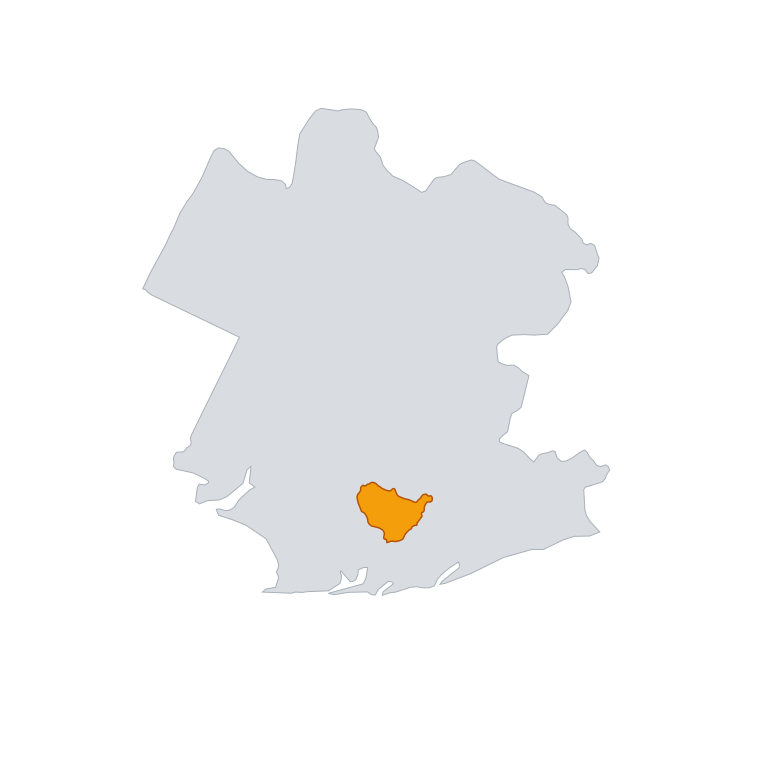 Ndolou, Ngounié, Gabon (highlighted), rotated 296°
{"feature_id": "22940354B46648613640917", "entity_name": "Ndolou", "entity_type": "district", "adm_level": 2, "iso_a3": "GAB", "parent_name": "Gabon", "parent_adm1": "Ngounié", "projection": "mercator", "projection_center": [10.279, -1.522], "detail": "fine", "context": "in_parent", "style": "filled", "palette": "amber", "viewbox_px": 768, "rotation_deg": 296, "n_neighbors": 0, "source": "geoboundaries", "source_scale": "gbopen_adm2", "svg_char_len": 5717}
<svg xmlns="http://www.w3.org/2000/svg" viewBox="0 0 768 768"><g transform="rotate(296 384 384)"><path d="M525.5,136.9L525.1,142.7L518.6,157.0L515.4,168.0L514.7,179.7L516.5,189.1L519.7,195.8L521.7,203.1L520.1,208.2L516.9,210.4L519.1,212.9L523.9,213.5L532.1,211.3L544.7,207.4L561.1,201.8L571.9,198.7L589.8,200.6L599.4,202.8L604.2,206.7L609.5,223.5L612.1,226.1L616.5,233.2L620.1,241.8L620.8,246.1L620.4,249.3L616.8,253.9L612.7,260.7L611.3,264.8L607.9,267.9L603.5,270.9L591.6,272.1L589.8,273.9L586.4,281.2L580.1,287.3L577.2,293.1L574.7,300.9L575.2,310.5L574.0,324.3L572.7,333.7L575.8,336.9L590.1,339.2L592.9,341.1L596.6,346.9L601.5,352.3L614.6,355.7L619.6,359.9L623.7,364.5L624.3,368.2L621.3,383.2L618.5,397.6L619.6,408.6L620.7,419.1L622.2,434.3L621.5,443.6L617.8,449.3L617.8,453.8L619.5,459.2L616.2,474.0L614.1,476.5L608.3,479.3L605.2,483.3L604.2,489.5L601.1,498.1L597.9,501.3L597.9,505.3L601.0,508.2L600.9,512.6L595.1,518.0L591.6,522.0L583.8,524.0L574.9,521.9L572.8,518.9L575.0,514.3L574.2,510.6L571.1,506.8L566.4,496.8L562.2,494.7L559.8,498.8L552.6,506.4L539.8,516.1L530.9,516.9L514.3,513.9L500.5,509.2L493.9,497.8L489.9,488.4L484.0,477.5L477.3,472.3L470.2,469.0L467.1,468.8L456.9,474.8L453.9,477.2L453.9,482.4L454.9,487.1L456.4,489.4L457.8,492.5L457.5,497.2L455.7,503.6L455.1,510.6L423.3,517.5L417.8,515.0L413.8,511.9L409.0,512.4L395.2,516.0L390.2,513.5L385.1,511.7L382.8,513.2L382.6,516.2L385.0,532.7L384.2,539.0L381.1,547.2L379.5,552.8L387.9,554.4L391.0,557.0L393.9,561.1L398.0,565.0L398.3,567.4L393.7,571.7L392.1,577.0L394.3,581.2L400.0,585.5L408.4,590.0L412.5,593.0L412.1,595.7L408.2,601.4L406.7,606.3L404.1,610.7L404.6,614.8L408.4,618.5L408.0,621.9L405.4,624.5L400.2,623.9L395.8,624.3L391.8,623.2L379.4,610.2L376.7,609.8L358.7,619.8L354.3,624.0L350.6,629.9L345.6,642.8L337.4,635.3L330.4,621.6L322.2,613.2L304.9,599.6L300.3,589.6L280.5,567.5L252.1,545.5L231.6,526.3L228.5,522.1L231.9,522.6L251.8,532.1L254.5,531.1L256.7,528.9L248.2,523.9L240.0,520.0L232.3,517.5L224.7,517.8L220.4,513.7L217.6,507.6L216.2,502.3L212.8,496.8L201.9,485.5L199.2,481.1L193.3,475.1L196.9,474.3L208.6,480.0L209.6,477.7L208.6,474.4L196.9,469.0L190.5,468.6L189.0,464.8L189.9,460.4L181.5,443.9L172.8,431.5L171.4,425.7L194.9,452.5L198.1,453.0L202.2,452.7L211.9,449.7L210.1,446.1L205.7,442.3L201.4,444.1L195.9,444.4L193.0,442.8L191.7,440.0L197.2,427.0L194.9,427.6L193.1,430.0L190.1,431.1L185.4,431.8L173.8,424.8L163.6,405.9L160.9,402.0L158.1,395.5L155.5,392.8L143.7,365.9L148.2,367.9L153.6,375.7L164.0,374.1L168.0,369.6L171.6,369.7L175.2,368.7L179.8,364.5L193.1,346.0L196.6,321.6L195.5,307.1L193.5,292.8L197.9,288.2L199.7,291.2L200.5,296.3L202.6,300.1L207.4,303.5L216.2,304.4L229.8,309.7L234.7,313.1L236.0,306.3L251.7,300.6L247.0,298.5L233.0,300.8L213.9,292.2L207.5,286.7L201.6,276.3L195.4,270.8L195.9,266.0L209.6,261.5L213.2,262.0L214.7,267.3L218.4,269.5L219.8,268.8L220.4,264.2L220.5,251.9L216.3,234.3L217.6,230.9L221.3,229.7L224.7,227.4L227.0,226.9L231.7,227.4L234.0,231.4L235.3,233.7L240.0,234.7L243.8,236.9L247.2,236.3L249.9,233.8L254.0,233.3L266.5,233.3L277.8,233.3L300.4,233.4L323.0,233.5L345.6,233.6L362.7,233.6L362.6,223.5L362.5,208.0L362.4,189.6L362.3,172.0L362.2,155.7L362.1,136.4L363.0,130.9L364.2,128.6L363.8,125.4L381.3,125.2L412.9,126.6L426.8,126.4L430.7,126.7L448.0,125.7L462.0,127.0L468.0,128.3L473.3,129.0L490.1,129.8L512.0,128.8L519.5,129.0L523.6,131.7L525.5,136.9Z" fill="#d9dde1" stroke="#a8b0b8" stroke-width="1"/><path d="M303.5,470.9L303.4,470.3L303.2,469.6L302.6,468.8L301.9,467.9L301.0,467.4L299.6,467.0L298.7,466.9L297.4,466.8L296.7,466.5L295.8,466.0L294.7,465.6L293.8,465.5L293.0,465.2L291.8,464.8L291.2,463.7L291.0,458.0L290.8,456.4L290.1,453.9L289.8,451.9L289.7,450.3L289.5,447.3L289.6,445.6L290.2,444.3L291.6,442.6L292.7,441.5L293.6,440.5L294.2,439.8L294.4,438.9L294.0,438.1L293.1,437.5L291.8,437.0L290.8,436.6L290.3,435.9L289.9,434.8L289.5,432.6L289.3,428.6L289.5,427.0L289.8,425.8L289.9,424.6L289.9,423.4L290.4,422.2L290.8,420.9L291.0,419.9L291.0,418.9L290.8,417.6L290.4,416.4L289.4,415.4L288.2,415.0L287.5,414.2L286.9,413.3L286.3,412.9L285.2,412.5L284.5,412.1L283.6,410.3L283.8,409.5L282.2,408.7L280.7,408.5L280.0,408.7L279.1,409.4L277.9,409.6L276.3,409.5L274.9,409.3L274.0,408.9L272.8,408.9L271.0,409.1L270.2,409.6L269.2,410.3L268.3,410.8L267.7,411.6L267.0,412.0L265.9,412.7L263.1,415.9L260.9,418.2L260.3,419.0L259.6,419.7L259.6,420.7L259.5,421.6L259.5,422.3L259.3,423.3L258.3,425.0L257.7,425.9L257.2,426.5L256.8,427.0L256.1,427.7L255.6,428.3L254.8,428.9L253.9,429.4L253.1,430.0L252.6,430.6L251.7,432.0L251.4,432.7L251.2,433.6L251.0,434.4L250.9,435.1L251.1,436.0L251.4,437.0L251.6,438.2L251.9,439.5L252.2,441.0L252.4,442.3L252.5,444.0L252.3,445.7L252.1,446.9L251.6,447.8L250.9,448.9L250.1,449.6L249.1,450.1L247.9,450.5L246.5,450.8L245.6,451.2L244.9,452.0L244.7,452.4L244.9,452.9L245.3,453.3L245.2,454.1L244.6,454.9L243.8,455.4L242.8,456.0L243.3,456.9L243.9,457.5L244.7,458.1L245.5,458.8L246.4,460.2L246.9,461.7L247.2,462.9L247.7,463.8L248.7,465.0L249.3,466.0L250.0,466.6L251.6,468.1L252.4,468.6L253.8,469.0L255.5,469.0L257.1,468.8L258.6,469.0L260.6,469.5L262.1,470.0L263.9,470.7L265.1,471.4L265.9,472.0L266.8,472.0L267.6,471.7L268.6,472.1L269.0,472.6L269.7,473.0L270.4,473.5L270.7,474.0L270.9,474.7L271.6,475.3L272.7,475.0L273.5,474.7L275.7,475.1L277.0,475.3L278.2,475.5L281.8,476.2L282.2,475.9L283.2,475.0L284.1,474.3L284.9,474.2L285.7,474.9L286.4,475.5L287.8,475.5L288.6,475.4L289.3,474.9L290.4,474.4L292.4,474.1L294.8,474.1L296.6,474.4L297.0,475.0L297.5,476.0L298.2,477.2L298.9,477.8L299.8,478.2L300.8,478.2L301.9,477.9L302.9,477.2L303.7,476.3L304.0,475.6L304.0,475.0L303.7,474.4L303.1,473.9L302.9,473.0L302.8,472.1L302.9,471.5L303.5,470.9Z" fill="#f59e0b" stroke="#b45309" stroke-width="1.5"/></g></svg>